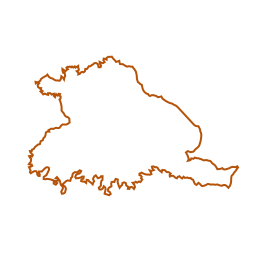 the district of Santa Maria do Oeste, Paraná, Brazil, rotated 352°
{"feature_id": "56859067B61626353113950", "entity_name": "Santa Maria do Oeste", "entity_type": "district", "adm_level": 2, "iso_a3": "BRA", "parent_name": "Brazil", "parent_adm1": "Paraná", "projection": "robinson", "projection_center": [-51.949, -24.903], "detail": "fine", "context": "isolated", "style": "outline", "palette": "amber", "viewbox_px": 256, "rotation_deg": 352, "n_neighbors": 0, "source": "geoboundaries", "source_scale": "gbopen_adm2", "svg_char_len": 5763}
<svg xmlns="http://www.w3.org/2000/svg" viewBox="0 0 256 256"><g transform="rotate(352 128 128)"><path d="M180.8,115.2L179.4,113.4L178.4,112.4L177.0,111.6L175.0,109.9L173.3,109.3L171.8,108.4L169.3,106.6L166.3,103.8L165.4,101.4L163.8,101.6L162.0,101.7L160.4,100.2L157.6,99.0L156.0,98.8L154.3,99.4L153.2,98.6L152.6,97.2L151.1,96.5L149.9,95.3L148.6,93.4L148.0,91.3L147.8,89.4L147.7,87.2L146.5,86.4L145.3,85.0L144.2,83.9L143.8,81.5L143.7,79.7L143.9,78.2L143.9,75.5L143.6,73.1L142.7,71.0L141.6,69.3L141.0,67.9L139.5,67.7L137.5,66.9L135.6,67.1L133.7,65.8L131.8,64.1L129.0,63.6L128.7,61.8L128.7,60.3L125.4,60.9L124.6,59.4L122.5,56.5L121.9,55.1L120.2,55.1L118.3,54.8L116.6,55.6L116.3,57.3L115.2,56.5L113.6,55.9L113.1,57.4L114.0,59.5L112.3,60.3L110.7,59.6L109.1,58.6L109.1,60.4L110.0,62.3L109.3,64.0L107.3,63.7L107.2,61.7L106.8,60.3L105.6,59.3L103.7,59.1L102.2,60.2L100.7,60.7L99.3,61.6L97.8,61.4L96.4,63.0L95.4,63.9L93.9,63.6L93.3,65.7L91.8,66.7L90.5,66.0L89.1,66.4L87.7,67.7L86.2,68.0L86.6,66.5L85.2,64.6L87.0,64.2L87.5,62.9L87.1,61.5L87.3,59.6L84.4,60.9L83.8,59.6L82.2,60.5L81.1,59.3L80.1,60.0L78.9,59.0L77.7,59.4L76.5,59.0L75.4,59.9L76.6,61.5L75.3,61.9L73.8,63.2L72.7,61.8L71.3,60.4L71.1,62.2L71.5,64.4L72.8,64.6L73.0,66.2L73.0,67.9L71.9,69.4L71.4,71.0L70.5,69.0L69.2,67.5L68.5,69.9L66.9,71.7L65.2,71.2L63.0,70.8L61.4,69.7L60.1,68.5L58.3,67.7L56.7,66.2L55.6,63.9L54.3,64.9L52.6,65.5L50.2,66.5L48.4,67.6L47.9,68.9L45.9,69.9L44.7,70.2L46.2,71.4L44.5,72.8L44.7,75.0L45.8,76.0L47.5,76.4L46.8,77.7L48.4,79.4L46.6,79.8L47.9,81.5L48.7,82.9L50.3,82.3L52.1,83.5L53.5,84.0L53.7,82.4L55.9,82.7L57.1,84.3L58.5,83.8L59.8,83.8L59.0,85.9L60.1,87.3L60.7,86.0L61.7,84.7L62.7,85.9L64.1,84.5L65.4,84.9L64.4,86.4L65.7,87.3L65.3,89.4L64.1,90.3L64.6,91.9L65.0,94.7L65.2,97.2L65.0,99.4L64.6,101.6L66.6,104.9L67.2,106.8L68.4,108.2L69.9,108.9L71.2,110.5L71.0,112.3L71.0,114.4L68.9,115.5L67.1,116.0L63.9,115.4L62.5,116.0L61.4,117.0L60.2,118.3L58.6,118.4L56.9,117.8L55.6,118.0L54.0,118.5L52.0,118.0L50.3,118.6L49.1,119.0L49.5,120.6L47.8,120.2L46.1,121.0L45.3,123.6L44.4,125.2L42.8,126.3L41.9,128.3L39.7,128.9L38.5,131.7L36.5,131.9L33.1,134.0L31.7,135.7L30.0,136.0L29.4,137.5L27.7,137.2L28.0,138.8L28.9,139.8L30.0,141.6L28.9,142.9L27.7,142.1L26.2,142.1L26.7,143.7L27.8,145.0L27.4,146.8L26.8,148.2L25.7,149.0L24.8,150.1L26.3,150.6L27.5,150.7L27.9,152.2L26.2,152.8L24.5,153.0L25.6,156.4L24.7,158.2L25.5,159.3L26.8,158.6L28.1,158.1L29.3,157.7L30.9,157.9L31.8,159.5L31.7,161.6L32.6,163.0L33.8,163.2L34.2,161.8L33.5,160.2L33.7,158.7L36.5,159.1L39.7,156.7L41.3,155.7L42.7,155.6L44.0,156.3L44.1,158.0L43.4,159.3L40.7,163.3L37.7,164.8L37.4,166.8L38.7,167.2L40.8,167.1L44.4,168.2L47.2,169.9L49.5,170.3L51.3,170.4L51.8,168.4L53.1,170.6L53.4,173.1L53.6,175.0L55.2,177.0L55.2,178.6L53.0,181.9L53.4,183.9L54.8,183.9L56.0,183.5L56.9,182.6L58.1,179.4L57.5,177.3L56.4,176.3L55.5,174.5L59.4,172.0L60.8,171.5L63.5,172.3L64.7,169.5L66.0,168.6L66.5,166.5L67.3,165.3L69.3,164.3L71.7,164.9L72.8,164.0L74.3,163.2L75.6,164.0L74.8,165.5L73.1,166.4L71.6,166.6L70.1,167.1L68.9,169.2L69.5,170.6L72.1,170.7L74.5,170.4L75.9,169.7L77.4,170.0L76.8,171.9L74.7,172.6L74.2,174.0L76.0,174.9L77.3,174.9L78.9,176.6L79.9,173.6L81.3,174.0L82.2,175.6L83.4,176.6L85.2,178.9L86.1,177.1L87.1,176.0L86.3,173.8L86.8,172.5L88.1,171.0L89.5,170.4L91.2,173.5L93.6,173.1L94.7,172.0L96.1,172.2L95.5,175.9L94.3,176.7L93.4,179.1L93.2,181.2L92.0,182.3L90.8,183.0L91.1,184.8L92.6,185.2L94.4,184.6L95.9,182.3L97.2,183.8L97.3,185.6L95.7,189.8L100.0,191.9L101.7,190.9L101.1,188.9L99.6,187.8L99.7,185.9L100.9,184.4L103.5,183.5L103.6,180.9L104.2,179.3L105.8,179.2L107.0,179.6L107.6,178.2L108.8,176.7L110.7,177.6L110.2,180.3L110.4,181.8L110.8,183.9L111.4,186.0L112.8,184.5L114.2,183.7L114.9,181.7L116.7,181.3L118.2,182.3L118.2,184.6L120.0,186.3L119.4,188.2L120.9,188.5L121.9,186.9L123.5,186.9L124.6,187.9L125.4,189.2L126.7,187.5L126.4,185.5L125.0,182.9L127.0,183.0L128.1,182.3L129.4,183.4L131.3,182.5L132.8,183.3L135.0,180.9L133.9,179.6L134.8,178.3L134.2,176.9L132.8,176.3L133.0,174.8L135.3,174.1L137.1,175.4L139.2,176.5L143.3,177.3L144.8,176.9L144.5,175.4L143.7,173.1L145.0,173.8L147.7,173.2L146.5,171.5L146.3,169.6L147.7,169.5L149.5,170.7L150.7,170.7L151.8,171.6L152.6,173.6L153.5,174.6L155.2,176.4L156.1,174.3L158.6,174.9L160.1,176.9L162.3,177.5L163.9,179.1L162.7,180.3L162.7,181.8L164.5,181.4L166.0,181.6L167.0,182.6L168.2,184.0L169.5,184.6L170.5,183.3L172.2,182.9L173.3,184.4L174.6,185.5L176.3,184.0L177.2,185.2L178.4,185.4L180.0,185.3L181.3,186.2L183.1,186.2L183.8,187.5L185.1,188.1L185.8,190.3L186.3,192.4L187.9,193.9L189.0,193.1L190.1,192.1L191.5,193.5L192.4,195.0L193.5,195.9L195.6,195.7L197.5,195.2L199.2,194.5L200.9,195.0L202.0,195.6L203.6,195.6L207.0,196.4L208.5,196.3L209.6,196.9L211.2,197.7L212.9,198.3L214.3,197.8L215.9,197.9L217.5,198.9L219.1,201.2L220.4,200.0L221.5,198.4L222.2,196.9L222.8,194.7L223.2,192.1L223.9,189.8L225.6,188.5L226.8,187.0L228.3,185.8L231.5,182.3L230.8,181.1L229.4,181.8L225.7,181.0L224.3,181.3L222.8,181.9L220.6,182.3L218.3,182.6L216.7,182.1L215.8,180.9L213.9,181.3L212.3,181.3L210.7,181.2L210.2,179.6L209.1,177.3L208.3,176.3L206.6,174.8L205.6,173.0L204.7,172.0L202.7,171.4L201.2,170.6L199.8,170.7L198.2,170.4L196.4,169.2L194.8,168.5L193.7,167.8L192.1,167.6L190.0,166.6L188.6,167.6L186.5,166.9L185.6,168.3L184.0,168.7L182.8,168.8L183.9,167.2L183.1,163.2L182.0,160.3L184.0,159.2L186.4,160.6L187.8,160.6L189.1,160.6L190.4,159.8L191.8,158.4L193.5,157.5L194.6,156.7L196.0,155.5L197.8,151.7L198.7,149.2L199.3,146.9L199.7,144.6L199.5,142.9L199.2,141.3L199.0,138.9L198.0,136.1L196.6,135.8L195.3,135.3L194.0,134.2L180.8,115.2ZM51.8,168.4L49.6,167.6L50.8,166.7L51.8,168.4ZM47.2,169.9L46.7,172.7L48.6,174.1L50.2,172.7L47.2,169.9ZM44.7,70.2L42.9,69.5L42.9,70.9L44.7,70.2Z" fill="none" stroke="#b45309" stroke-width="2"/></g></svg>